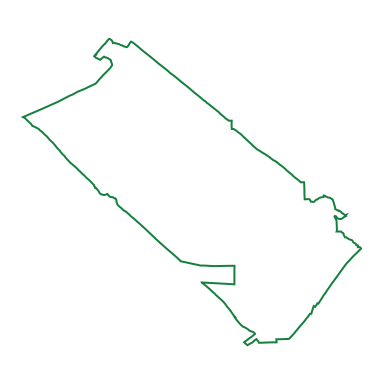 Ibanesti, Botosani, Romania (Equal Earth projection)
{"feature_id": "2599482B35973270357670", "entity_name": "Ibanesti", "entity_type": "district", "adm_level": 2, "iso_a3": "ROU", "parent_name": "Romania", "parent_adm1": "Botosani", "projection": "equal_earth", "projection_center": [26.394, 48.051], "detail": "fine", "context": "isolated", "style": "outline", "palette": "green", "viewbox_px": 384, "rotation_deg": 0, "n_neighbors": 0, "source": "geoboundaries", "source_scale": "gbopen_adm2", "svg_char_len": 5895}
<svg xmlns="http://www.w3.org/2000/svg" viewBox="0 0 384 384"><path d="M331.4,284.1L337.1,276.4L342.9,268.3L346.3,263.7L353.3,256.2L361.0,248.7L360.9,248.3L360.8,248.2L360.3,247.4L359.8,247.2L358.9,247.1L357.9,247.2L358.0,245.5L357.8,245.4L356.5,245.2L356.1,244.8L356.0,244.1L355.9,243.9L355.2,243.4L354.5,243.1L353.8,242.7L353.5,242.5L352.9,241.6L352.5,240.7L352.0,240.3L351.6,240.0L349.6,239.5L348.4,238.8L347.6,238.2L346.6,237.7L346.3,237.5L346.2,237.3L345.4,237.3L345.0,237.3L343.8,235.0L343.4,233.8L343.5,233.6L343.3,233.3L342.9,232.9L342.4,232.7L342.0,232.5L341.2,231.7L340.5,231.5L338.2,231.5L336.6,231.5L336.9,230.6L336.9,230.0L336.7,224.1L336.6,222.8L336.6,221.8L336.4,220.5L336.1,219.6L335.8,219.0L335.3,218.1L334.7,217.1L334.5,216.7L334.6,216.3L335.0,216.1L335.3,216.0L335.8,216.2L336.2,216.5L336.7,217.5L337.2,218.0L337.9,218.5L338.7,218.8L339.5,219.0L340.6,219.0L342.0,218.6L343.9,217.1L345.6,216.3L345.8,216.2L345.5,215.9L346.2,214.9L345.2,215.3L345.0,215.2L344.4,214.6L343.8,214.3L343.1,213.7L342.3,213.2L341.6,212.7L341.3,212.0L340.3,211.6L339.5,210.9L338.7,210.5L338.5,210.8L336.8,209.9L336.1,209.6L335.4,209.2L335.3,208.9L335.1,208.6L335.2,208.2L335.1,207.0L334.6,206.0L334.3,204.7L334.1,204.0L333.8,202.7L333.1,201.0L332.9,199.9L332.2,199.2L331.2,198.6L330.3,197.9L329.4,197.7L328.0,197.5L327.0,197.0L326.1,196.7L325.3,196.0L324.5,195.8L323.9,195.4L323.7,195.5L323.9,196.2L323.8,196.8L323.5,197.0L323.1,197.1L322.0,197.2L320.1,197.6L318.5,198.5L317.7,199.2L317.0,199.5L316.2,199.7L315.0,200.8L314.1,201.7L313.5,201.9L313.1,202.0L312.5,201.8L311.4,201.6L310.9,201.7L310.5,201.1L310.4,200.7L309.7,199.5L309.3,199.2L309.1,199.1L304.7,199.3L304.4,193.6L304.4,189.7L304.2,184.1L304.0,182.2L300.8,182.3L296.7,178.7L295.4,178.0L292.8,175.6L291.8,174.5L289.7,172.9L288.5,172.0L287.9,171.3L286.8,170.5L284.7,168.4L284.1,167.9L282.0,166.2L279.0,164.0L278.2,163.2L277.1,162.4L275.3,161.1L273.4,160.2L270.6,158.1L269.7,157.4L269.2,156.9L268.2,156.3L266.4,155.0L261.9,152.3L259.3,150.6L257.4,149.5L256.4,148.8L252.8,145.6L252.2,144.8L249.8,142.7L248.0,141.0L246.8,139.9L244.8,138.0L243.0,136.4L242.5,135.8L241.4,134.7L240.4,133.8L238.9,132.8L236.8,131.1L233.7,129.0L231.8,129.0L231.6,126.4L231.6,124.7L231.7,120.7L228.8,120.7L228.7,120.5L228.4,120.3L228.2,120.1L225.6,118.5L223.6,116.5L221.8,115.1L220.6,114.1L219.1,112.5L218.3,111.8L214.0,108.4L212.2,106.9L209.1,104.5L207.7,103.3L206.8,102.9L206.0,101.9L204.8,100.9L204.4,100.8L198.9,96.2L194.0,92.3L189.5,88.4L183.4,83.5L180.9,81.5L174.3,76.0L170.0,72.9L168.1,71.1L164.4,68.1L160.9,65.4L158.2,63.3L153.4,59.2L150.8,57.1L141.6,49.8L138.8,47.3L133.5,43.0L132.9,42.6L132.3,42.3L131.0,41.6L130.3,42.5L129.3,43.9L128.7,45.0L128.0,46.0L127.5,46.6L127.2,47.0L126.8,47.2L123.7,46.3L122.1,45.5L120.4,44.9L119.0,44.1L118.4,43.9L116.3,43.5L113.7,42.7L112.8,43.0L112.6,42.1L112.4,41.6L112.2,41.1L111.7,40.3L110.8,39.7L110.7,39.5L109.1,38.8L108.3,39.6L105.9,42.7L105.1,43.6L103.6,45.0L101.5,47.3L98.9,50.6L97.8,51.8L96.0,54.0L96.3,54.2L96.4,54.4L96.3,54.5L95.2,55.7L94.8,55.4L94.3,56.0L94.2,56.2L94.8,56.5L95.3,57.1L95.8,57.7L96.3,58.1L97.2,58.3L98.6,59.0L99.5,59.6L100.1,59.8L104.0,56.6L104.5,56.8L105.4,57.5L106.1,57.5L107.7,58.0L109.3,59.2L109.8,59.5L110.4,59.7L110.7,60.1L110.9,60.4L111.0,61.3L111.8,63.5L112.1,64.7L112.1,65.1L111.9,65.6L111.2,66.6L110.0,68.3L105.1,73.3L103.9,74.4L102.6,75.7L101.4,77.2L99.5,79.1L96.2,83.1L95.6,83.6L94.4,84.3L92.8,84.9L90.0,86.3L87.4,87.5L86.4,88.1L84.8,88.8L77.7,91.7L73.2,94.2L72.3,94.7L69.9,95.6L64.3,98.5L57.7,101.9L42.9,108.5L23.0,117.1L25.1,118.2L27.0,120.2L31.1,124.0L32.2,125.7L34.2,126.6L36.8,127.9L37.8,128.5L38.8,129.1L39.8,130.2L41.3,131.3L42.6,132.4L44.9,134.8L47.0,136.5L48.3,138.2L49.5,139.6L52.8,142.7L54.8,145.0L56.8,147.6L59.8,150.7L60.7,152.0L62.0,153.6L63.3,154.9L64.7,156.1L65.3,157.2L65.6,157.7L66.2,158.3L66.6,158.7L67.4,159.7L68.3,160.5L69.1,161.4L70.7,163.0L71.4,163.7L72.4,164.3L73.5,165.5L74.5,166.1L75.1,166.7L75.5,167.2L75.9,167.6L76.2,167.8L76.8,168.2L77.4,168.8L78.5,170.2L80.4,171.8L82.5,174.0L83.3,174.6L83.8,175.0L86.7,178.0L89.6,180.5L92.2,183.1L92.8,183.8L94.1,185.1L94.1,185.8L94.4,186.2L95.3,187.4L95.3,187.5L95.1,187.8L95.3,188.1L95.6,188.3L96.3,188.2L98.1,190.5L98.9,191.6L99.3,192.4L99.9,193.4L100.3,193.8L101.7,194.5L104.1,195.0L104.8,194.9L106.3,194.4L107.3,194.0L108.4,195.2L109.5,196.4L110.1,196.8L111.5,197.1L112.6,197.1L112.9,197.2L114.1,198.2L114.9,198.4L115.4,198.7L115.5,198.6L116.1,199.3L116.3,199.7L116.5,200.5L116.4,201.2L117.0,203.7L117.3,204.2L117.9,205.2L118.6,205.8L120.0,207.1L121.8,208.5L123.3,210.1L124.2,210.7L125.8,211.5L129.5,214.8L131.1,216.4L134.3,219.0L137.7,222.1L139.4,223.5L143.6,227.3L151.0,234.3L155.3,238.4L156.2,239.3L166.8,248.8L176.1,256.8L180.2,260.6L180.4,261.2L200.9,265.6L203.4,265.5L213.0,266.1L220.4,266.0L229.1,265.8L234.5,265.8L234.4,271.8L234.4,284.3L209.4,282.9L201.9,282.5L202.0,282.7L205.6,285.6L208.7,288.2L212.1,291.4L212.7,292.0L214.8,293.7L215.6,294.6L215.8,294.9L220.6,299.2L223.1,301.5L224.4,303.0L225.7,304.7L226.2,305.4L227.2,306.8L229.0,308.8L230.9,311.3L232.4,313.6L233.8,315.5L235.0,316.9L234.5,316.9L236.1,319.3L238.4,322.1L240.9,324.9L243.0,326.7L243.4,326.9L244.1,327.1L245.8,327.9L247.8,329.2L249.3,330.5L249.8,330.8L250.6,331.2L251.9,331.5L252.4,331.6L253.4,332.2L254.2,332.7L254.7,333.3L255.0,333.9L251.5,336.8L250.0,337.8L244.1,342.3L247.4,345.2L250.0,343.7L250.4,343.5L251.1,343.1L251.8,342.8L252.7,342.2L253.4,341.5L254.2,340.8L255.2,339.9L256.4,339.1L257.5,340.5L258.1,341.2L259.1,342.8L262.3,342.7L270.1,342.4L276.6,342.3L276.3,339.3L287.8,339.0L289.0,338.9L293.9,333.7L300.5,325.6L301.3,324.8L304.7,320.9L305.6,319.6L306.5,318.5L306.9,317.9L308.0,316.6L310.0,313.8L311.3,313.8L313.1,307.7L313.8,306.0L315.2,306.8L317.5,303.3L318.3,303.7L322.4,297.4L323.8,295.0L326.1,292.1L326.4,291.6L326.5,291.3L326.5,291.1L326.8,290.9L326.9,290.7L331.4,284.1Z" fill="none" stroke="#15803d" stroke-width="2"/></svg>